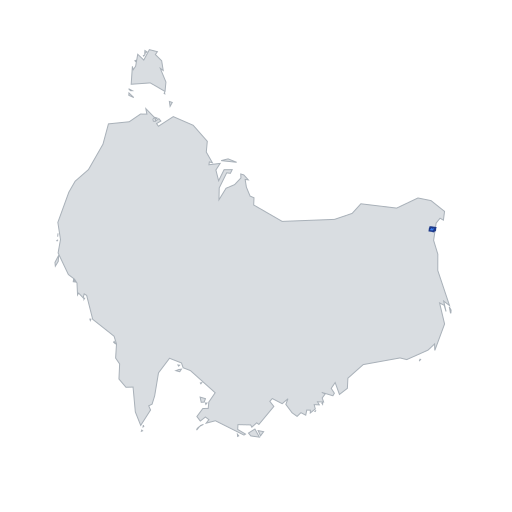 location of Murray, Western Australia, Australia, rotated 188°
{"feature_id": "25037944B25972327200509", "entity_name": "Murray", "entity_type": "district", "adm_level": 2, "iso_a3": "AUS", "parent_name": "Australia", "parent_adm1": "Western Australia", "projection": "mercator", "projection_center": [115.802, -32.624], "detail": "fine", "context": "in_parent", "style": "filled", "palette": "blue", "viewbox_px": 512, "rotation_deg": 188, "n_neighbors": 0, "source": "geoboundaries", "source_scale": "gbopen_adm2", "svg_char_len": 4656}
<svg xmlns="http://www.w3.org/2000/svg" viewBox="0 0 512 512"><g transform="rotate(188 256 256)"><path d="M353.8,84.8L359.5,109.1L366.5,107.9L374.6,115.1L376.0,130.1L380.8,135.4L381.9,149.5L385.4,156.8L408.9,170.6L418.2,193.4L420.9,194.6L421.3,190.5L426.5,194.6L427.3,192.6L429.5,204.3L432.5,207.8L439.2,211.5L452.4,231.5L451.9,245.1L456.9,261.7L450.2,293.2L445.5,304.9L433.9,318.3L423.1,345.4L420.5,366.3L400.2,371.3L390.1,380.5L383.8,381.3L385.6,386.6L375.7,378.9L377.1,377.1L376.4,375.2L374.6,375.2L371.3,378.5L369.0,376.4L372.9,373.3L370.7,370.9L357.3,382.5L336.4,376.7L320.2,362.8L319.7,352.0L312.2,342.3L315.3,342.7L315.3,339.8L304.4,342.7L307.7,335.6L303.5,325.3L299.6,337.0L291.6,338.2L292.9,334.3L296.6,334.3L301.9,318.3L300.5,306.5L295.1,318.9L287.1,323.7L281.8,331.2L282.5,335.1L279.4,334.6L274.2,330.3L277.4,330.3L275.1,322.8L270.2,314.5L266.1,313.4L265.4,306.2L234.9,293.9L183.3,303.2L166.7,311.6L159.4,322.3L123.4,323.0L103.7,336.0L90.4,335.2L75.5,326.4L75.4,317.6L79.0,319.0L82.2,313.7L82.3,296.2L76.2,283.1L74.0,267.0L57.5,233.9L63.9,237.5L60.1,227.5L62.8,233.4L67.7,235.1L59.8,214.9L65.8,187.4L66.9,193.8L72.5,186.8L92.3,174.4L99.2,175.1L134.7,163.4L148.0,147.8L147.1,137.7L154.1,130.5L160.0,141.7L163.1,135.4L159.3,131.0L160.4,128.3L171.9,130.1L168.3,129.0L170.7,124.6L168.7,120.8L174.8,120.2L172.6,117.4L177.7,116.9L176.0,112.8L180.4,108.1L180.7,110.9L184.3,110.5L184.6,105.3L189.7,107.1L193.0,102.9L198.5,105.8L205.8,113.2L204.5,119.1L209.5,113.4L220.0,117.1L222.1,114.0L217.4,109.5L229.7,89.6L232.1,90.9L236.3,85.9L237.8,88.0L250.4,86.5L250.0,81.7L241.6,78.2L243.0,77.0L273.3,87.2L282.1,83.5L279.9,87.4L283.7,89.5L288.2,84.8L292.2,88.8L287.4,97.6L282.1,98.4L282.4,104.8L277.4,114.9L305.0,133.4L312.6,135.2L314.9,139.7L327.4,142.7L336.3,126.7L336.9,103.4L338.3,94.8L341.4,92.7L339.0,88.8L346.6,72.2L353.8,84.8ZM369.0,406.3L384.8,412.7L403.5,408.7L404.8,426.6L403.5,423.4L401.6,427.2L401.2,439.3L394.4,434.4L390.3,445.5L382.1,444.6L383.7,441.5L376.6,436.2L373.7,426.8L376.9,428.5L369.4,415.7L369.0,406.3ZM227.4,77.1L236.1,77.1L238.8,79.6L233.0,84.5L227.4,77.1ZM288.2,346.1L303.8,345.6L297.2,348.3L288.2,346.1ZM289.9,103.5L291.7,108.5L286.2,107.7L287.0,104.1L289.9,103.5ZM451.5,229.2L451.1,223.1L453.3,218.0L454.2,221.7L451.5,229.2ZM399.1,395.9L404.3,397.4L404.5,399.8L399.1,395.9ZM226.5,78.5L229.6,83.4L224.0,83.1L226.5,78.5ZM363.3,397.0L360.3,396.4L361.9,392.2L363.3,397.0ZM319.4,131.3L316.7,132.8L314.1,133.6L315.4,130.8L319.4,131.3ZM57.5,232.5L55.3,229.6L55.1,226.8L55.5,226.7L57.5,232.5ZM403.3,402.2L405.4,403.9L401.5,402.5L403.3,402.2ZM431.3,205.1L433.4,205.1L433.4,207.7L431.3,205.1ZM382.6,149.2L385.0,150.8L384.6,151.7L382.6,149.2ZM394.3,440.9L394.6,444.0L392.5,443.0L394.3,440.9ZM455.1,247.5L455.2,250.9L455.1,247.5ZM249.6,76.9L248.1,75.5L249.1,74.8L249.6,76.9ZM290.2,77.1L288.0,79.6L290.6,75.3L290.2,77.1ZM455.4,243.4L454.4,244.5L455.0,243.3L455.4,243.4ZM293.4,122.5L292.2,123.0L292.8,121.8L293.4,122.5ZM285.6,103.4L284.1,103.6L285.0,102.1L285.6,103.4ZM79.7,174.6L79.2,176.6L78.6,176.5L79.7,174.6ZM344.1,71.0L344.0,72.8L343.4,71.5L344.1,71.0ZM374.7,376.2L375.1,377.5L374.5,377.1L374.7,376.2ZM287.5,80.3L284.6,82.0L287.6,79.8L287.5,80.3ZM176.1,110.3L175.1,111.5L175.8,110.2L176.1,110.3ZM395.4,438.8L394.4,439.4L395.0,438.3L395.4,438.8ZM318.1,137.2L316.5,137.2L317.3,136.2L318.1,137.2ZM170.3,119.4L169.5,120.0L169.4,118.4L170.3,119.4ZM403.1,432.5L401.7,433.3L402.1,431.7L403.1,432.5ZM345.1,66.5L344.9,67.7L344.0,67.1L345.1,66.5ZM373.9,377.9L375.3,379.2L373.0,378.8L373.9,377.9ZM411.7,170.4L410.7,170.5L411.1,169.1L411.7,170.4ZM420.4,190.3L419.8,190.3L420.3,189.2L420.4,190.3ZM369.6,404.2L369.3,405.2L368.9,403.9L369.6,404.2Z" fill="#d9dde1" stroke="#a8b0b8" stroke-width="1"/><path d="M87.9,306.9L87.9,305.1L85.7,305.1L85.4,305.1L85.2,305.1L84.4,305.2L83.9,305.1L83.9,304.9L83.6,304.9L83.6,305.1L83.3,305.0L83.2,305.1L83.2,305.3L83.1,305.6L83.1,305.9L83.1,306.0L82.9,306.2L82.9,306.3L83.0,306.4L82.9,306.5L83.0,306.5L82.9,306.6L83.0,306.7L83.1,306.8L83.0,307.0L82.9,307.3L82.9,307.2L82.9,307.3L82.7,307.3L82.7,307.2L82.4,307.3L82.3,307.2L82.2,307.1L82.0,306.9L82.0,307.0L82.0,306.9L82.0,307.0L82.1,307.3L82.2,307.5L82.3,307.8L82.3,308.0L82.5,308.3L82.4,308.4L82.5,308.4L82.5,308.5L82.6,308.8L82.5,309.0L82.8,309.0L83.0,309.1L83.3,309.0L83.5,309.0L83.8,309.1L84.0,309.0L84.3,309.0L84.8,309.0L84.8,308.9L85.0,308.8L85.0,308.7L85.1,308.8L85.3,308.9L85.3,308.7L85.5,308.6L85.8,308.6L86.0,308.6L86.1,308.8L86.3,308.8L86.3,308.7L86.3,308.8L86.4,309.0L87.1,309.0L87.1,308.9L87.3,308.9L87.4,309.0L87.5,309.0L87.5,308.6L87.3,308.6L87.3,307.6L87.9,307.6L87.9,306.9L87.9,306.9Z" fill="#3b82f6" stroke="#1e3a8a" stroke-width="1.5"/></g></svg>